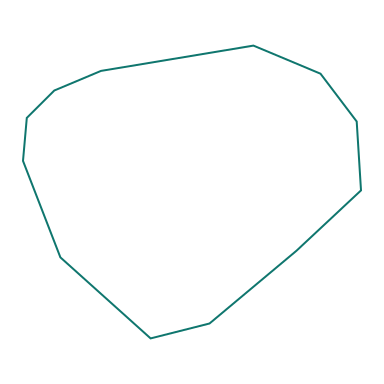 Swains Island, American Samoa, United States of America
{"feature_id": "52423323B5700348428358", "entity_name": "Swains Island", "entity_type": "district", "adm_level": 2, "iso_a3": "USA", "parent_name": "United States of America", "parent_adm1": "American Samoa", "projection": "natural_earth1", "projection_center": [-171.079, -11.056], "detail": "fine", "context": "isolated", "style": "outline", "palette": "teal", "viewbox_px": 384, "rotation_deg": 0, "n_neighbors": 0, "source": "geoboundaries", "source_scale": "gbopen_adm2", "svg_char_len": 274}
<svg xmlns="http://www.w3.org/2000/svg" viewBox="0 0 384 384"><path d="M26.8,117.9L23.0,160.9L60.4,257.4L150.6,338.4L209.5,323.5L296.4,250.8L361.0,190.4L356.7,121.5L320.5,73.7L253.4,45.6L101.0,70.9L54.3,90.5L26.8,117.9Z" fill="none" stroke="#0f766e" stroke-width="2"/></svg>